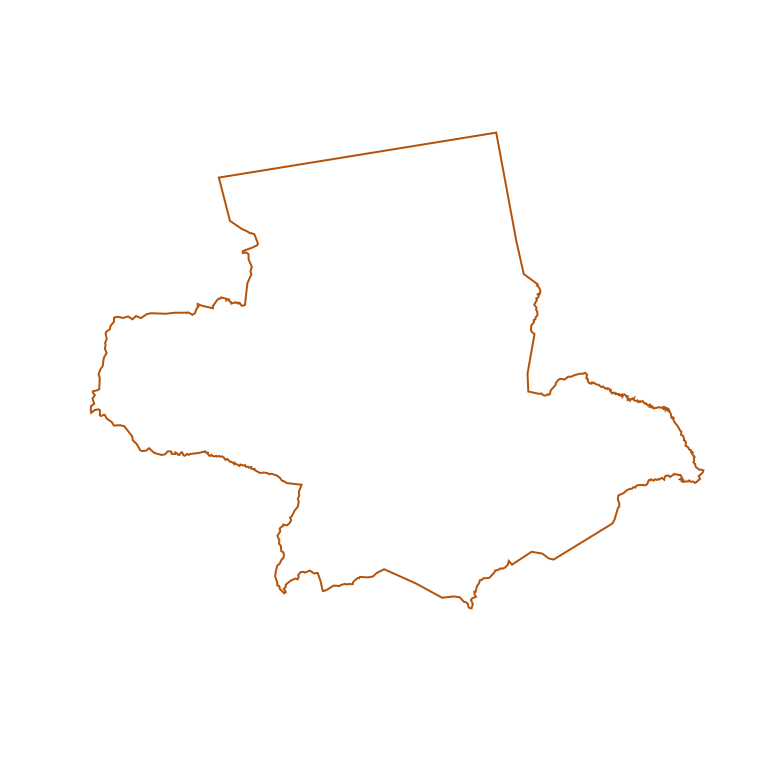 Molumbo, Zambezia, Mozambique, rotated 77°
{"feature_id": "85939544B56224707964526", "entity_name": "Molumbo", "entity_type": "district", "adm_level": 2, "iso_a3": "MOZ", "parent_name": "Mozambique", "parent_adm1": "Zambezia", "projection": "robinson", "projection_center": [36.267, -15.679], "detail": "fine", "context": "isolated", "style": "outline", "palette": "amber", "viewbox_px": 768, "rotation_deg": 77, "n_neighbors": 0, "source": "geoboundaries", "source_scale": "gbopen_adm2", "svg_char_len": 6150}
<svg xmlns="http://www.w3.org/2000/svg" viewBox="0 0 768 768"><g transform="rotate(77 384 384)"><path d="M520.1,98.5L519.0,99.4L519.1,100.1L517.2,100.0L516.5,101.4L513.9,102.0L512.1,104.1L508.9,103.0L507.2,103.4L506.3,104.4L504.6,103.9L501.5,104.4L500.4,106.0L497.2,105.0L495.7,106.1L491.3,107.2L486.8,109.4L482.9,110.2L482.2,109.4L481.5,110.0L482.0,111.0L481.5,111.5L478.3,111.2L472.2,112.5L472.2,113.2L473.4,113.6L472.0,114.3L472.7,115.3L471.4,114.9L471.3,116.7L470.3,116.8L470.2,115.2L469.3,116.4L470.7,117.6L469.3,118.4L469.4,120.0L468.5,120.9L468.5,126.8L467.3,126.8L467.0,128.9L466.4,129.2L466.6,128.2L466.0,128.0L465.8,130.3L464.7,129.7L465.0,129.1L463.9,129.3L464.2,131.8L461.8,133.0L461.9,134.2L458.8,135.9L459.1,138.6L458.5,138.5L458.4,139.8L457.5,140.3L458.1,140.7L457.3,140.9L456.8,143.2L455.3,144.5L454.2,143.8L454.7,144.8L454.0,145.4L454.8,146.6L453.8,148.2L455.1,148.5L454.0,149.1L454.3,150.1L452.6,149.6L451.5,150.4L450.8,149.4L450.0,150.9L448.3,151.8L448.3,153.0L449.9,154.5L447.7,154.5L447.9,155.4L449.0,155.2L448.6,156.3L447.8,156.5L447.6,157.7L446.6,157.4L446.0,159.9L445.1,160.2L445.7,160.9L443.9,162.4L444.4,163.9L441.3,165.3L440.9,164.3L439.1,165.9L438.8,167.1L438.2,166.5L439.0,167.6L438.2,167.9L438.2,169.5L435.7,171.0L436.0,172.8L433.0,175.1L432.2,177.2L429.8,179.4L430.2,181.2L429.3,181.3L430.1,182.7L428.8,184.2L426.7,184.8L425.3,184.2L423.7,185.6L420.6,184.0L418.7,185.4L418.2,184.7L418.7,188.5L418.1,190.7L418.2,196.4L419.0,200.1L418.3,202.9L420.3,207.0L418.6,210.9L419.2,213.3L421.6,216.3L423.5,217.0L427.7,223.0L431.2,224.6L431.5,225.6L430.8,226.7L431.5,227.9L431.4,230.2L430.2,231.8L428.8,232.5L428.3,235.5L423.8,245.1L406.1,241.8L369.2,226.1L366.9,228.0L364.6,228.7L360.3,227.4L357.5,224.0L355.5,223.8L355.1,222.0L353.3,221.3L351.3,218.9L347.8,218.4L345.9,219.1L343.7,218.2L340.6,219.8L336.4,216.0L334.9,216.4L334.2,214.1L332.6,213.3L331.3,214.2L330.7,213.3L331.3,212.2L331.0,211.5L327.7,210.6L323.3,211.9L322.5,212.8L321.5,211.8L308.3,223.1L274.2,222.9L164.3,218.1L145.7,498.5L190.4,497.4L200.8,487.8L204.7,482.7L207.0,480.8L207.2,479.2L209.0,476.6L218.9,475.2L220.2,476.3L221.4,481.1L222.7,491.7L224.5,492.1L224.9,488.7L226.9,486.8L232.1,487.9L240.2,486.4L244.2,488.8L247.4,488.6L255.2,494.5L275.7,501.7L275.9,504.6L275.0,505.6L273.1,506.0L272.8,507.7L272.2,507.3L271.4,510.3L271.0,510.3L271.3,514.6L269.7,514.7L268.9,515.9L266.9,515.9L266.4,516.6L267.1,518.7L265.6,518.3L263.0,523.2L264.0,524.5L263.6,525.8L265.0,528.1L269.9,533.4L271.7,533.7L267.0,543.4L264.1,547.6L266.0,548.0L266.8,547.4L268.8,550.0L272.4,552.2L273.5,555.1L270.2,558.5L270.5,560.1L270.1,560.2L267.4,572.3L266.5,580.6L262.6,595.2L262.6,599.5L265.1,606.0L262.0,610.3L264.4,614.5L260.6,618.2L261.0,623.4L259.0,627.2L258.5,629.9L258.7,632.1L262.7,633.2L265.8,637.3L269.0,638.9L270.6,642.7L271.8,643.8L278.0,644.1L281.1,646.5L283.8,646.6L286.6,648.0L291.5,647.3L294.1,650.1L296.9,651.7L303.2,654.0L306.2,657.2L310.3,659.9L314.4,659.7L325.0,662.6L325.6,664.4L325.6,669.3L327.0,669.5L329.8,668.2L332.7,671.4L338.0,670.8L339.6,674.3L342.4,675.4L346.2,675.8L344.3,671.7L344.4,667.9L345.7,666.7L350.6,667.9L351.6,666.7L350.9,664.0L351.3,663.0L355.2,662.0L360.1,657.7L363.7,656.6L364.8,650.3L366.7,646.6L378.2,641.2L382.3,641.4L387.0,638.4L393.6,636.5L394.9,634.9L395.4,630.8L393.7,627.4L399.4,623.4L403.1,616.7L403.3,613.3L401.0,609.8L401.6,607.2L402.5,606.4L404.2,606.7L405.2,603.2L403.8,602.7L405.3,601.0L406.8,600.5L407.0,599.2L405.1,597.2L405.1,596.1L408.3,595.4L409.1,594.4L407.9,591.6L409.2,590.2L408.5,588.8L409.5,580.5L409.4,573.5L410.3,573.5L411.4,571.0L412.3,571.6L414.9,570.1L414.2,568.1L415.3,567.7L416.5,565.3L416.3,563.7L417.2,563.0L417.0,561.0L418.1,559.6L418.0,558.2L419.4,556.8L422.3,555.4L421.8,553.5L425.0,551.7L425.3,550.4L426.8,549.1L426.9,547.5L428.5,547.9L428.3,546.4L431.4,543.2L430.1,542.1L432.0,539.0L431.7,537.7L433.7,537.1L434.0,535.0L435.2,534.4L435.0,532.0L436.9,532.1L437.6,529.3L438.4,529.7L442.7,525.0L443.4,520.5L444.9,517.1L445.9,516.5L446.2,513.8L449.0,509.1L452.0,506.5L455.4,505.1L456.0,503.6L458.7,501.0L463.6,487.0L470.0,491.3L473.3,491.6L476.9,493.9L479.5,493.5L484.3,495.7L487.2,499.5L492.5,504.0L492.9,505.5L495.9,505.1L498.4,507.4L499.9,510.3L498.4,513.9L499.9,514.6L499.8,515.3L501.3,518.2L504.2,518.2L508.0,522.0L512.8,521.1L515.8,522.2L518.8,520.9L523.7,521.7L525.4,520.0L527.7,519.8L531.2,521.3L531.7,523.0L535.8,526.3L536.9,528.8L542.7,531.8L547.0,533.3L553.9,532.7L556.2,533.3L557.3,531.5L560.2,531.6L565.5,528.3L564.6,526.5L561.0,527.7L559.9,525.6L557.4,524.8L554.8,519.5L553.7,514.9L553.8,513.6L554.9,512.1L553.1,510.6L550.9,510.7L548.5,507.5L549.0,504.4L549.8,503.9L549.9,502.8L549.1,498.2L552.8,494.9L553.2,491.1L561.6,490.2L572.0,490.2L572.0,487.0L569.1,478.3L570.8,472.8L570.1,471.1L570.0,466.7L571.1,465.3L570.8,464.0L572.0,459.5L570.3,458.8L568.8,456.8L567.1,453.1L567.6,452.0L566.5,450.9L568.8,443.3L569.1,438.2L566.5,433.6L564.5,425.5L585.9,397.3L605.3,375.5L606.7,363.8L608.8,358.2L614.1,355.2L615.3,353.0L617.1,351.8L620.2,351.8L621.5,351.1L622.3,349.2L618.4,346.9L613.9,347.9L612.6,346.1L612.0,342.3L609.5,343.1L606.7,342.7L607.2,341.5L602.1,339.0L599.3,336.0L596.8,334.8L596.8,332.7L595.7,330.9L596.6,325.0L592.3,318.7L590.8,317.7L590.9,314.8L589.9,312.1L590.6,309.7L590.0,307.2L587.9,303.9L584.5,302.2L588.8,299.9L580.7,278.0L584.8,268.0L591.1,262.6L593.2,258.2L571.3,192.8L567.9,189.8L557.2,183.8L556.4,182.4L553.8,181.6L548.7,182.1L545.2,180.5L544.3,175.3L542.1,171.1L541.5,168.3L541.8,166.1L540.7,164.1L541.5,162.4L540.0,161.0L539.7,159.4L540.6,154.1L541.4,153.3L541.3,151.4L540.8,150.1L537.3,147.7L537.8,146.4L536.9,145.5L538.8,143.0L537.8,141.3L538.8,140.0L538.4,137.8L539.0,137.4L538.0,134.5L540.2,132.5L538.0,131.6L536.8,130.2L537.2,127.3L539.0,126.2L536.9,121.3L537.8,120.7L537.8,119.0L538.6,118.3L539.4,115.6L542.5,114.7L543.4,116.9L544.6,114.0L546.1,114.2L546.0,115.4L546.8,114.6L546.8,111.3L547.5,109.8L546.6,108.4L548.4,106.8L548.6,104.6L550.3,103.3L550.3,102.5L547.5,97.4L544.5,98.1L542.1,93.5L540.0,92.2L538.7,94.4L538.5,96.1L534.9,98.9L531.6,99.0L529.8,100.1L528.3,99.0L524.5,98.5L524.6,98.0L521.1,99.7L520.1,98.5Z" fill="none" stroke="#b45309" stroke-width="2"/></g></svg>